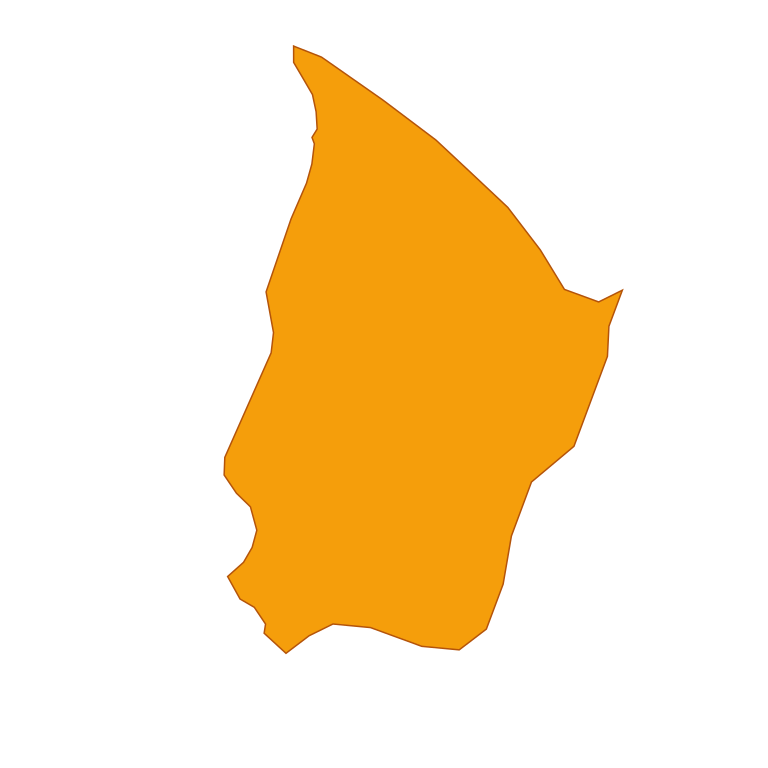 the district of Sariwon City, Hwanghae-bukto, North Korea, rotated 20°
{"feature_id": "82179303B86388706464223", "entity_name": "Sariwon City", "entity_type": "district", "adm_level": 2, "iso_a3": "PRK", "parent_name": "North Korea", "parent_adm1": "Hwanghae-bukto", "projection": "albers", "projection_center": [125.699, 38.566], "detail": "fine", "context": "isolated", "style": "filled", "palette": "amber", "viewbox_px": 768, "rotation_deg": 20, "n_neighbors": 0, "source": "geoboundaries", "source_scale": "gbopen_adm2", "svg_char_len": 779}
<svg xmlns="http://www.w3.org/2000/svg" viewBox="0 0 768 768"><g transform="rotate(20 384 384)"><path d="M183.5,97.4L189.1,112.7L202.2,123.5L217.8,136.5L227.1,151.4L234.0,167.3L232.0,176.9L236.4,182.1L241.0,202.0L242.5,221.8L240.2,260.5L241.7,337.8L262.6,373.5L267.3,393.3L259.5,507.4L264.9,524.2L282.7,537.1L300.5,545.1L314.5,564.9L316.0,582.7L313.0,599.6L302.9,618.4L322.3,635.3L338.5,638.2L354.8,650.1L356.6,659.2L384.0,670.6L399.7,646.2L418.1,627.0L454.6,617.5L509.2,617.6L545.6,608.1L564.0,579.3L564.4,531.3L555.7,483.2L556.1,425.6L583.8,377.6L584.2,320.0L584.5,281.6L575.6,252.8L575.9,214.3L557.6,233.5L521.2,233.4L485.1,204.6L439.9,175.7L394.7,156.3L349.4,137.0L286.0,117.6L249.8,107.9L213.5,98.2L183.5,97.4Z" fill="#f59e0b" stroke="#b45309" stroke-width="1.5"/></g></svg>